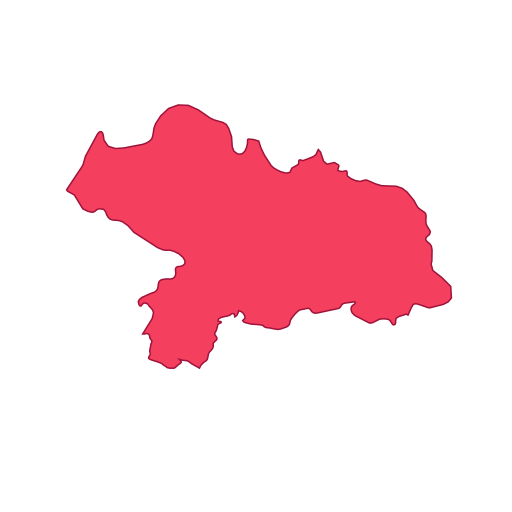 SVG path tracing the border of Ubon Ratchathani, rotated 284°
{"feature_id": "THA-426", "entity_name": "Ubon Ratchathani", "entity_type": "Province", "adm_level": 1, "iso_a3": "THA", "parent_name": "Thailand", "parent_adm1": "", "projection": "orthographic", "projection_center": [104.943, 15.155], "detail": "fine", "context": "isolated", "style": "filled", "palette": "rose", "viewbox_px": 512, "rotation_deg": 284, "n_neighbors": 0, "source": "natural_earth", "source_scale": "10m", "svg_char_len": 4882}
<svg xmlns="http://www.w3.org/2000/svg" viewBox="0 0 512 512"><g transform="rotate(284 256 256)"><path d="M262.5,455.8L258.0,453.6L254.4,449.5L247.8,437.3L247.5,435.5L248.4,425.9L248.4,423.0L247.4,420.4L243.5,419.2L235.4,417.8L235.4,417.7L236.0,416.0L231.7,409.1L229.7,407.3L228.9,407.1L228.0,407.1L226.3,407.3L225.3,407.6L224.6,407.6L223.4,407.5L222.9,407.0L222.5,406.3L222.5,405.6L222.7,405.1L223.0,404.7L225.2,402.4L225.6,401.8L226.3,400.6L226.5,399.3L226.4,397.6L225.7,394.2L225.0,392.3L224.5,391.1L224.1,390.5L223.6,390.1L219.4,385.1L218.7,383.5L218.4,382.3L222.0,366.9L222.6,365.5L223.0,364.8L224.1,363.2L224.6,362.7L225.2,362.2L227.1,361.2L227.8,361.0L228.6,360.9L229.5,360.9L230.3,361.1L230.9,361.4L231.5,361.7L233.0,363.1L233.7,363.5L234.4,363.6L235.2,363.4L235.3,362.9L235.2,362.2L231.7,353.5L231.3,352.8L230.9,352.2L230.4,351.7L229.9,351.3L229.2,351.0L227.6,350.5L226.9,350.2L226.3,349.9L225.7,349.5L225.3,349.0L224.9,348.4L215.4,329.0L214.9,327.5L214.7,326.2L214.8,325.4L215.1,324.6L215.4,323.9L215.7,323.3L216.8,322.2L217.4,321.5L217.9,320.0L217.8,319.1L217.5,318.3L214.4,311.8L214.0,311.3L213.0,310.3L209.4,308.0L204.7,305.8L203.2,305.3L201.6,304.9L198.2,305.0L197.4,304.8L196.7,304.6L196.2,304.2L195.6,303.8L194.6,302.9L191.2,297.7L190.0,294.9L189.5,288.9L189.6,287.9L189.0,283.0L189.1,282.1L189.3,281.3L190.3,279.3L190.3,277.8L190.1,275.6L188.7,267.5L188.8,261.3L188.9,260.5L189.1,260.0L190.1,258.7L193.2,260.5L195.6,259.2L197.3,257.5L198.4,255.3L198.8,252.5L196.0,252.3L193.7,251.7L191.8,250.2L194.6,248.8L194.4,246.8L193.6,245.9L192.6,245.4L191.8,244.4L190.0,241.2L190.3,241.5L187.8,236.8L186.0,235.0L185.1,234.8L183.9,234.8L183.7,235.2L183.6,235.6L183.9,237.5L183.7,238.1L183.3,238.3L182.6,238.0L180.7,235.7L180.3,235.6L175.0,235.6L173.3,235.3L171.8,234.8L171.0,234.7L170.4,234.8L169.8,235.1L169.4,235.5L168.8,236.3L167.4,237.6L166.8,238.0L166.1,238.2L165.3,238.1L164.7,237.8L162.3,236.3L161.4,235.8L161.3,235.7L160.9,235.7L160.5,235.7L158.7,236.3L157.9,236.4L157.0,236.4L155.5,236.1L154.7,235.8L151.5,234.1L150.8,233.8L150.3,233.7L149.0,233.6L145.5,233.8L143.8,233.7L143.1,233.4L142.5,233.1L139.9,230.8L137.3,229.3L136.7,229.0L135.2,228.6L133.5,228.3L135.4,221.4L135.8,219.7L137.2,216.7L137.7,214.5L137.1,209.8L137.2,206.6L135.8,208.7L134.7,209.2L133.6,208.6L132.2,207.3L128.1,204.5L127.3,203.6L126.3,199.6L126.2,196.6L127.1,195.0L127.3,193.8L128.9,190.4L129.5,186.2L129.8,180.5L130.1,178.1L130.7,176.6L131.3,176.4L132.1,176.4L134.3,177.1L135.1,177.1L135.8,177.0L137.6,176.0L138.4,175.8L145.2,175.4L146.1,175.5L146.9,175.7L147.8,175.6L148.7,175.3L149.7,174.0L150.7,172.9L152.9,172.0L153.9,171.1L154.3,170.3L154.4,169.5L154.4,169.0L154.3,168.6L153.4,166.9L152.9,164.9L170.2,170.4L176.0,170.3L178.4,168.9L180.1,166.8L181.3,164.8L183.2,162.6L183.6,160.3L183.3,158.8L182.0,157.6L179.6,156.5L179.5,155.5L180.4,154.3L183.3,152.8L185.7,153.4L188.2,155.3L194.0,162.6L196.4,166.3L198.6,167.9L201.1,168.5L205.8,168.0L207.8,168.2L209.5,169.3L210.8,171.3L212.1,174.6L213.0,178.9L214.6,181.3L216.6,182.4L219.3,182.5L223.7,181.0L225.3,181.2L226.6,182.2L227.9,185.7L229.0,187.3L231.3,188.8L234.0,188.3L236.9,185.7L239.6,180.4L240.8,174.3L240.7,170.4L239.7,167.0L239.5,164.0L240.3,158.6L249.4,131.9L254.5,124.4L257.0,118.0L257.2,114.2L256.2,107.8L256.6,105.2L257.9,103.1L259.5,101.4L262.2,99.6L263.4,98.3L264.4,96.8L264.0,92.9L263.4,91.6L262.8,90.8L261.7,89.8L260.8,89.2L259.8,88.3L259.1,87.3L258.7,85.7L258.7,82.2L259.8,76.6L271.3,64.9L273.3,57.4L274.5,56.2L301.1,65.7L303.2,66.1L311.6,66.4L335.3,72.5L337.3,73.2L338.8,74.4L339.1,75.4L339.2,76.0L338.0,77.6L335.8,78.8L331.6,80.5L326.7,86.1L326.3,93.6L328.8,101.5L336.9,119.0L339.1,122.3L341.7,124.9L344.2,126.4L347.2,126.8L355.6,126.1L360.1,126.6L368.9,129.6L378.0,135.5L383.7,143.9L385.8,153.9L383.8,164.8L378.8,178.0L377.9,182.6L377.6,191.6L376.4,195.4L373.9,197.9L373.1,198.7L365.9,203.4L356.3,206.5L352.3,209.2L350.5,213.9L351.7,217.7L354.9,219.8L359.1,220.6L363.0,220.5L367.0,219.7L367.7,220.6L368.4,225.1L368.2,230.9L367.5,231.2L361.6,235.0L356.0,239.7L347.6,248.6L345.9,251.5L344.5,255.8L343.7,260.4L343.7,265.2L345.4,268.7L349.9,269.5L354.9,274.7L356.0,275.0L358.6,274.5L359.5,274.7L360.0,275.8L359.9,278.1L360.2,279.0L366.3,287.6L368.9,289.6L374.4,290.7L372.4,293.5L364.3,298.7L362.3,302.8L365.7,309.5L364.2,314.2L363.1,314.7L359.8,314.5L359.0,314.7L358.6,316.0L358.8,319.2L360.3,322.2L360.4,323.3L359.5,324.1L356.7,324.8L355.7,325.4L354.1,329.3L353.2,334.2L353.5,338.9L355.7,342.7L356.5,344.8L354.9,354.5L354.6,361.0L357.6,375.1L357.1,381.3L354.6,387.1L348.1,395.8L343.3,400.2L342.0,401.8L341.0,403.9L339.2,408.7L338.3,410.2L336.2,411.3L330.8,412.4L328.4,413.2L326.7,414.5L322.9,418.4L321.7,419.3L319.0,419.2L315.4,416.7L313.4,416.5L311.9,417.7L309.5,422.2L308.0,423.8L304.3,425.4L293.5,427.9L290.7,427.8L284.7,431.1L280.0,441.6L273.6,452.3L262.5,455.8Z" fill="#f43f5e" stroke="#9f1239" stroke-width="1.5"/></g></svg>